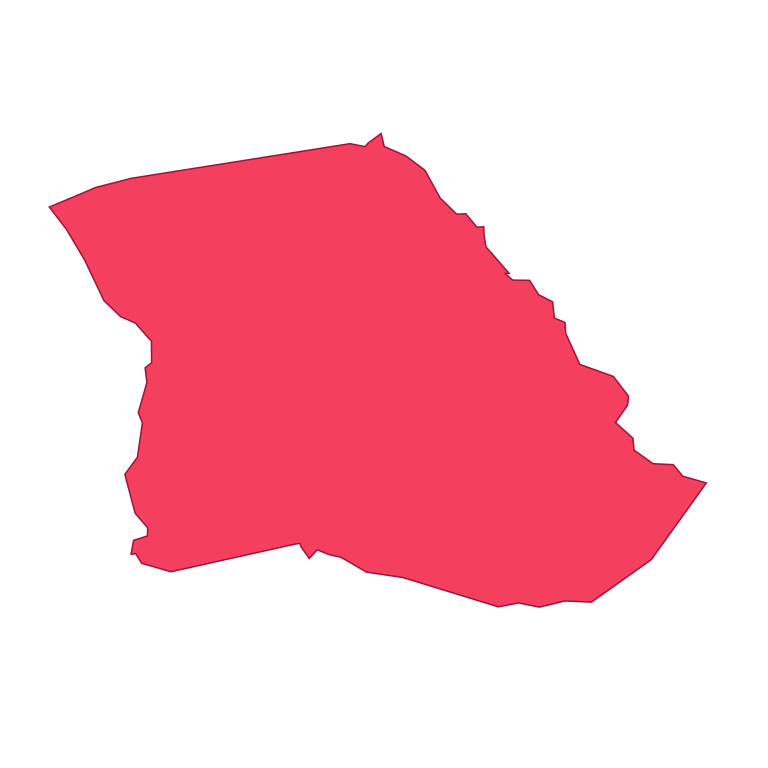 Bladen, North Carolina, United States of America, rotated 351°
{"feature_id": "52423323B8015598177606", "entity_name": "Bladen", "entity_type": "district", "adm_level": 2, "iso_a3": "USA", "parent_name": "United States of America", "parent_adm1": "North Carolina", "projection": "orthographic", "projection_center": [-78.559, 34.612], "detail": "fine", "context": "isolated", "style": "filled", "palette": "rose", "viewbox_px": 768, "rotation_deg": 351, "n_neighbors": 0, "source": "geoboundaries", "source_scale": "gbopen_adm2", "svg_char_len": 1116}
<svg xmlns="http://www.w3.org/2000/svg" viewBox="0 0 768 768"><g transform="rotate(351 384 384)"><path d="M81.1,156.9L94.5,181.5L107.6,214.4L120.5,258.0L134.4,276.3L147.9,284.9L161.0,305.4L157.8,326.6L150.6,330.6L150.0,345.4L136.8,373.9L139.3,384.5L129.0,417.7L113.9,432.7L118.0,472.8L128.1,489.1L126.5,497.1L112.2,499.2L107.5,512.7L112.2,512.7L116.6,523.2L144.1,536.1L271.6,528.2L276.0,528.4L276.7,532.0L282.9,544.7L292.1,537.3L302.9,543.8L309.6,546.6L311.9,547.4L313.2,547.8L314.0,548.2L317.2,550.7L337.5,567.2L372.1,578.0L462.1,622.0L482.6,621.3L502.6,628.7L528.8,626.6L554.8,631.9L620.5,599.3L686.9,532.2L664.8,521.9L657.0,508.9L637.3,504.8L620.7,488.5L621.4,476.5L606.6,458.3L621.4,442.9L623.6,434.3L611.7,412.4L580.5,395.3L571.4,362.3L572.4,351.6L562.6,345.5L563.4,329.3L550.7,320.0L544.0,304.4L527.3,301.5L520.9,293.8L524.9,294.3L506.2,264.5L506.1,252.7L507.1,244.3L500.4,243.7L491.3,228.6L482.4,227.7L468.6,209.2L457.9,179.4L441.4,162.3L421.4,149.5L420.4,136.1L406.0,143.5L402.9,146.3L402.5,146.6L388.0,141.3L166.5,141.3L130.4,144.7L81.1,156.9Z" fill="#f43f5e" stroke="#9f1239" stroke-width="1.5"/></g></svg>